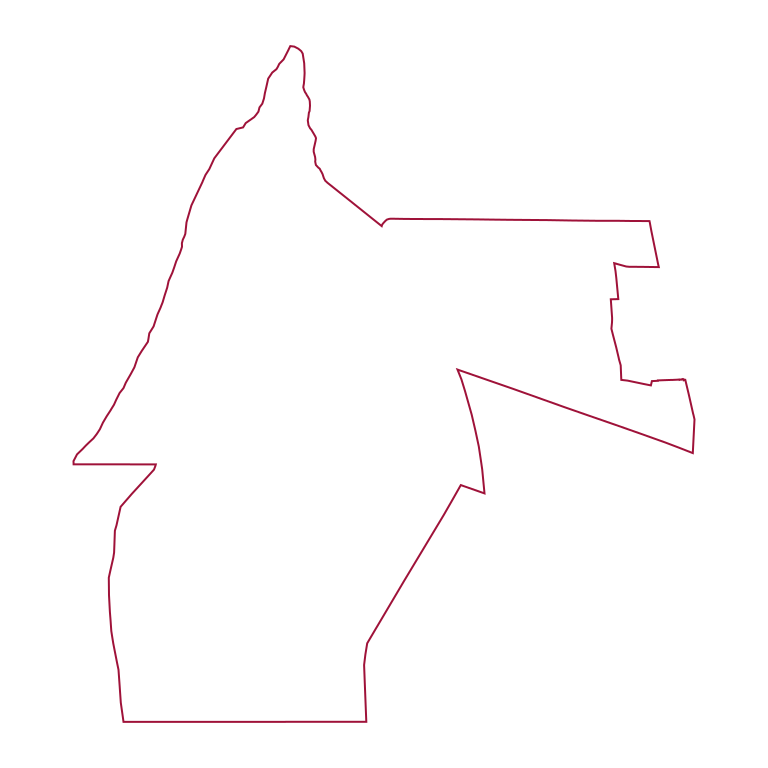 Rivadavia, San Juan, Argentina (orthographic projection)
{"feature_id": "61730980B90561116594730", "entity_name": "Rivadavia", "entity_type": "district", "adm_level": 2, "iso_a3": "ARG", "parent_name": "Argentina", "parent_adm1": "San Juan", "projection": "orthographic", "projection_center": [-68.638, -31.547], "detail": "fine", "context": "isolated", "style": "outline", "palette": "rose", "viewbox_px": 768, "rotation_deg": 0, "n_neighbors": 0, "source": "geoboundaries", "source_scale": "gbopen_adm2", "svg_char_len": 3402}
<svg xmlns="http://www.w3.org/2000/svg" viewBox="0 0 768 768"><path d="M484.5,493.4L482.2,469.4L481.1,461.8L478.8,446.5L475.4,430.6L471.7,414.7L465.0,391.0L461.4,379.3L457.5,369.6L461.0,370.8L513.2,388.9L564.3,407.1L589.0,415.7L615.3,424.8L639.5,433.3L665.3,442.5L679.0,447.7L692.8,453.1L694.5,419.4L693.7,415.9L693.6,415.4L693.3,414.3L693.1,413.6L689.7,398.5L688.7,394.1L685.3,379.9L683.7,380.3L683.5,379.2L682.1,379.5L682.1,379.2L679.5,379.9L679.4,379.5L677.2,379.7L675.0,379.8L673.2,379.9L668.8,380.0L657.9,380.4L657.9,380.8L651.9,381.1L650.9,385.4L644.3,384.1L627.5,380.6L621.3,379.9L620.7,365.3L619.0,359.4L618.7,357.9L616.2,347.3L612.8,334.3L611.4,328.7L612.0,322.5L612.1,320.0L612.1,317.8L610.8,299.3L618.3,299.1L616.3,278.0L615.5,271.0L614.2,263.2L618.2,264.3L626.2,266.5L629.3,266.8L633.7,266.8L644.1,266.9L658.8,267.1L658.1,264.1L651.4,231.2L650.4,225.8L649.8,222.5L649.5,221.1L637.7,221.0L637.4,221.0L632.0,221.0L617.4,220.8L598.2,220.8L571.4,220.5L547.8,220.1L509.2,219.8L491.7,219.6L476.9,219.4L443.4,219.1L413.2,219.0L402.7,218.9L390.9,218.7L389.1,218.9L386.9,219.6L385.4,220.9L383.8,222.6L383.1,223.4L382.4,224.3L382.2,224.7L382.0,225.1L381.8,225.7L381.7,226.1L327.5,182.8L325.8,181.2L325.3,180.8L323.9,178.2L323.1,175.8L322.6,174.2L321.5,172.0L320.6,170.5L319.7,168.7L318.3,167.6L316.0,165.1L315.9,165.0L315.2,161.7L315.4,159.6L315.1,157.0L313.7,151.8L313.7,149.2L315.6,140.8L316.0,138.2L315.4,136.6L313.6,133.5L311.4,129.8L310.1,128.3L308.5,125.2L308.4,124.6L308.1,122.5L307.9,121.2L307.8,120.2L308.4,117.1L308.9,112.7L309.6,111.0L309.8,108.3L310.0,105.7L309.8,101.5L309.4,99.5L307.8,96.6L307.3,95.9L307.0,95.5L306.1,93.7L305.0,92.1L304.1,89.9L303.3,87.3L303.5,85.8L303.9,83.7L304.2,80.1L304.5,75.3L304.6,73.0L304.2,63.2L302.7,53.6L301.2,51.1L298.3,48.7L294.3,46.6L290.3,46.1L288.8,49.1L288.5,49.8L285.8,55.1L285.2,56.3L283.6,59.4L279.3,63.8L278.7,65.0L278.0,66.5L277.8,66.9L276.5,69.1L272.2,72.6L270.5,75.2L268.2,78.6L266.3,87.1L264.9,93.1L264.0,98.3L263.8,99.0L262.3,103.7L259.5,107.4L258.4,111.7L256.1,114.8L254.2,117.1L249.1,120.7L245.7,123.1L243.1,127.4L236.5,129.0L236.4,129.0L224.1,145.3L214.3,158.3L209.3,169.1L205.5,174.9L202.7,181.3L202.5,181.9L191.4,205.4L187.3,219.4L186.5,222.3L185.3,233.9L184.2,236.8L182.8,239.7L182.3,241.7L181.9,243.1L182.0,246.8L181.1,249.6L179.7,253.6L176.2,261.3L174.2,267.4L172.3,272.8L170.7,276.3L168.6,281.0L167.2,287.6L164.7,295.3L162.6,302.4L161.0,306.4L160.8,307.0L160.3,308.2L157.5,314.4L155.8,319.6L153.6,326.4L150.8,330.9L149.3,333.3L148.4,339.1L147.9,341.8L141.7,351.0L137.8,357.3L134.4,367.3L130.9,373.8L125.8,382.7L123.5,388.1L119.6,393.0L116.2,399.8L114.0,404.7L110.9,409.7L110.9,409.8L110.0,411.2L106.6,416.4L102.9,422.7L99.9,429.2L97.7,432.6L96.7,434.1L93.4,438.4L89.4,442.1L85.9,445.5L83.9,447.6L82.9,448.7L77.0,454.4L75.5,457.3L73.5,461.1L73.6,464.3L96.7,464.3L100.2,464.3L144.4,464.4L155.8,464.4L155.4,465.9L154.0,469.6L144.9,479.6L131.8,493.9L120.6,506.8L116.5,525.3L114.9,530.7L114.7,536.0L114.4,544.6L114.3,547.1L114.1,552.5L113.3,557.7L110.2,571.3L108.8,577.7L109.0,595.2L109.9,612.0L110.6,620.9L110.8,623.9L111.3,631.0L112.1,636.2L113.3,643.6L117.0,662.5L118.5,669.8L119.6,685.2L120.0,691.1L120.8,702.7L123.0,718.2L123.5,721.9L366.3,721.8L364.9,686.0L364.1,665.0L365.4,654.4L367.2,643.3L376.4,627.7L376.9,626.9L404.1,580.9L443.8,514.9L452.0,500.6L460.8,485.1L484.5,493.4Z" fill="none" stroke="#9f1239" stroke-width="2"/></svg>